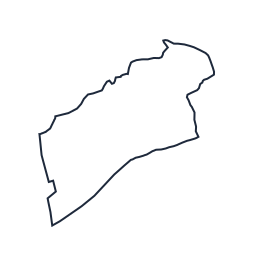 As-Safira, Aleppo, Syria, rotated 76°
{"feature_id": "27442178B22464389911891", "entity_name": "As-Safira", "entity_type": "district", "adm_level": 2, "iso_a3": "SYR", "parent_name": "Syria", "parent_adm1": "Aleppo", "projection": "orthographic", "projection_center": [37.544, 35.815], "detail": "fine", "context": "isolated", "style": "outline", "palette": "slate", "viewbox_px": 256, "rotation_deg": 76, "n_neighbors": 0, "source": "geoboundaries", "source_scale": "gbopen_adm2", "svg_char_len": 2162}
<svg xmlns="http://www.w3.org/2000/svg" viewBox="0 0 256 256"><g transform="rotate(76 128 128)"><path d="M99.1,195.7L99.5,195.8L99.8,195.9L100.4,196.1L100.9,196.3L101.4,196.7L101.9,197.1L102.3,197.6L102.8,197.9L103.3,198.3L103.8,198.7L104.1,199.0L104.4,199.3L104.9,199.7L105.4,200.1L105.9,200.5L106.8,201.3L107.3,201.7L107.8,202.1L108.3,202.5L108.8,202.9L109.3,203.4L109.7,203.7L109.9,204.3L110.2,205.0L110.5,205.6L110.7,206.2L111.0,206.9L111.3,207.6L111.6,208.2L111.8,208.8L112.0,209.0L111.9,209.5L112.1,210.5L112.2,211.2L112.4,212.4L112.3,212.6L112.4,213.0L112.5,213.6L112.6,214.2L112.7,214.8L112.5,215.4L117.5,216.1L121.7,216.7L128.5,217.7L133.4,218.4L139.9,218.3L155.4,218.0L161.2,217.9L161.0,213.4L172.2,213.4L176.8,223.0L180.6,223.2L190.9,223.6L204.3,225.1L202.0,216.7L192.7,192.0L185.7,177.1L169.8,152.6L163.5,140.6L159.6,132.9L159.6,131.2L159.0,128.9L158.7,127.7L158.8,124.1L158.6,119.8L158.4,118.4L158.3,116.3L157.4,113.1L157.2,112.4L157.0,111.8L156.4,109.9L156.2,107.9L156.0,106.9L155.9,106.0L156.2,104.5L156.9,100.9L157.0,96.3L156.6,92.7L156.7,88.1L156.3,84.0L156.1,83.3L155.5,79.7L155.3,78.7L155.2,77.6L155.1,76.9L154.7,73.8L154.7,73.2L154.7,71.0L154.6,68.8L154.5,66.7L154.4,65.2L154.3,64.6L154.2,64.0L153.9,62.9L153.6,61.8L148.6,62.8L147.6,63.0L143.8,61.8L142.9,61.6L136.1,61.6L131.7,60.4L129.0,59.7L122.9,61.0L120.9,61.9L115.7,62.5L112.4,63.4L110.1,62.2L109.2,58.1L108.0,51.7L106.5,49.5L102.8,47.3L101.9,44.9L100.4,44.0L99.6,42.5L99.4,39.1L97.2,32.2L97.0,31.7L94.2,30.9L89.8,31.1L86.9,31.4L83.4,31.7L79.4,32.2L76.9,32.7L74.0,34.6L71.8,37.1L69.7,39.5L65.6,44.5L63.3,48.2L60.6,53.0L58.3,59.0L57.2,63.2L55.4,65.2L55.0,65.7L52.6,68.4L51.7,70.6L51.7,72.6L53.7,72.4L56.2,71.2L59.5,69.9L62.0,73.7L63.5,75.7L65.3,76.5L67.4,78.3L67.7,81.0L66.3,86.0L66.2,90.3L66.2,92.0L64.8,97.8L64.2,103.4L64.7,107.6L65.3,109.3L69.9,112.5L75.6,115.1L75.3,115.7L75.1,116.3L75.2,120.2L75.8,122.2L76.6,122.7L76.0,127.6L77.9,128.7L79.1,129.2L81.0,130.9L81.2,132.9L79.0,133.9L77.5,134.6L78.0,137.3L81.6,141.2L83.8,142.9L85.2,144.3L85.5,148.0L86.0,153.5L85.8,158.7L89.1,163.8L93.3,167.6L96.8,172.7L99.1,182.1L99.1,195.7Z" fill="none" stroke="#1e293b" stroke-width="2"/></g></svg>